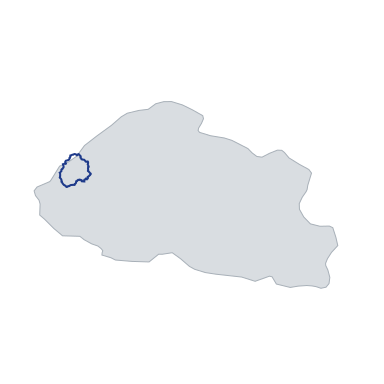 Bji, Ha, Bhutan shown in context, rotated 13°
{"feature_id": "84629894B12913884891089", "entity_name": "Bji", "entity_type": "district", "adm_level": 2, "iso_a3": "BTN", "parent_name": "Bhutan", "parent_adm1": "Ha", "projection": "orthographic", "projection_center": [89.176, 27.451], "detail": "fine", "context": "in_parent", "style": "outline", "palette": "blue", "viewbox_px": 384, "rotation_deg": 13, "n_neighbors": 0, "source": "geoboundaries", "source_scale": "gbopen_adm2", "svg_char_len": 5324}
<svg xmlns="http://www.w3.org/2000/svg" viewBox="0 0 384 384"><g transform="rotate(13 192 192)"><path d="M303.6,163.7L303.1,166.0L300.6,172.3L299.1,179.2L300.6,184.7L306.5,191.2L314.5,196.4L324.4,196.6L333.5,194.3L337.2,195.1L342.4,203.8L346.1,211.4L341.5,219.5L339.0,226.5L338.2,231.4L338.8,233.5L341.9,237.4L345.5,244.2L346.1,250.4L344.0,254.6L339.3,256.8L334.2,256.3L330.1,256.5L324.9,257.3L316.7,259.8L309.2,262.9L294.9,262.7L289.1,256.6L286.4,256.6L273.6,264.8L259.5,263.7L233.8,266.7L223.0,267.5L212.0,266.7L206.3,265.1L195.9,259.6L186.4,255.6L176.9,259.4L173.5,260.1L165.9,269.8L149.3,273.1L132.7,275.5L127.8,274.3L118.4,273.7L118.1,271.5L118.3,269.3L116.2,267.6L112.4,265.8L105.9,265.1L97.5,262.7L92.7,260.4L75.7,263.8L65.7,258.7L54.5,251.7L48.8,248.7L46.7,237.9L44.8,234.4L40.3,230.7L37.9,226.4L39.9,222.0L51.1,213.8L52.0,211.9L57.2,196.6L64.4,191.0L71.5,183.2L76.8,170.9L87.1,158.3L98.4,145.3L106.1,134.7L111.2,129.8L121.8,124.5L130.7,121.3L136.8,114.2L144.2,110.3L151.7,108.5L163.0,109.3L173.7,111.8L185.3,115.2L186.7,118.0L185.8,123.0L184.1,128.1L184.1,130.7L185.9,132.2L197.3,133.0L211.3,132.1L219.1,132.7L236.7,137.1L241.8,140.4L247.2,142.8L252.4,142.3L258.9,136.8L265.8,132.0L270.1,131.2L273.2,132.7L278.9,137.0L290.4,140.9L300.8,143.8L304.2,146.7L303.3,159.4L303.6,163.7Z" fill="#d9dde1" stroke="#a8b0b8" stroke-width="1"/><path d="M88.8,198.5L88.9,198.4L88.9,198.1L88.9,197.9L89.0,197.9L89.2,197.6L89.3,197.4L89.3,197.2L89.1,197.1L89.0,196.9L88.9,196.8L88.9,196.7L88.7,196.6L88.4,196.5L88.1,196.3L88.0,196.2L87.7,195.9L87.4,195.8L87.2,195.7L86.9,195.3L86.6,195.1L86.3,195.0L86.2,195.1L85.9,195.0L85.8,194.9L85.8,194.4L85.9,194.2L85.8,193.9L85.8,193.6L85.7,193.3L85.6,193.2L85.4,192.8L85.4,192.6L85.4,192.4L85.4,192.2L85.4,191.9L85.5,191.5L85.4,191.5L85.3,191.4L85.2,191.4L85.1,191.1L85.2,190.9L85.1,190.6L85.1,190.3L85.3,190.1L85.2,190.0L85.2,189.9L85.0,189.7L84.8,189.3L84.7,189.2L84.2,188.7L84.2,188.3L84.2,188.1L84.3,187.8L84.2,187.7L84.1,187.1L84.1,186.9L84.1,186.7L84.1,186.4L83.9,186.2L83.8,185.9L83.6,185.7L83.4,185.7L83.0,185.8L82.7,186.0L82.3,186.3L81.9,186.3L81.6,186.3L80.8,185.6L80.3,185.2L79.9,185.0L79.5,184.8L78.5,185.0L77.5,185.0L77.0,185.0L76.9,184.9L76.9,184.6L76.7,184.3L76.4,184.1L76.1,183.9L75.6,183.7L75.5,183.4L75.6,183.0L75.6,182.9L75.6,182.6L75.5,182.2L75.1,182.0L74.7,181.7L74.4,181.7L74.2,181.6L74.1,181.3L74.0,181.2L73.7,180.9L73.4,180.7L73.1,180.6L72.9,180.8L72.7,180.9L72.3,181.0L72.1,181.2L72.0,181.6L71.9,181.9L71.8,182.0L71.7,182.1L71.4,181.9L70.7,181.7L70.3,181.4L69.7,181.4L69.1,181.4L68.8,181.5L68.4,181.8L68.0,182.2L67.8,182.4L67.1,182.5L66.6,182.9L66.2,183.4L66.1,183.6L65.7,183.7L65.4,183.7L65.4,183.9L65.2,184.2L65.2,184.6L65.3,184.8L65.4,185.0L65.5,185.5L65.5,185.9L65.2,186.2L64.9,186.5L65.0,186.9L65.2,187.1L65.1,187.6L64.9,188.1L64.5,188.5L63.9,188.9L63.5,189.1L63.2,189.4L62.7,189.6L62.3,189.7L62.1,189.9L61.9,190.3L61.8,190.5L61.7,191.1L62.0,191.5L62.6,192.3L62.8,192.7L62.6,193.0L62.0,192.9L61.7,192.8L61.4,192.9L61.1,193.3L60.6,193.8L60.0,194.0L60.2,194.5L60.4,194.8L60.7,195.2L61.0,195.6L61.0,195.8L61.2,196.2L61.3,196.8L61.2,197.2L61.0,197.4L60.7,198.4L60.6,198.7L60.1,198.9L59.9,199.3L59.8,199.6L59.7,199.9L59.8,200.1L59.9,200.4L60.1,200.8L60.0,201.2L59.6,201.7L59.4,202.1L59.1,202.7L58.8,203.0L59.0,203.2L59.2,203.3L59.3,203.6L59.4,203.8L59.5,204.1L59.6,204.6L59.6,204.8L59.7,205.0L59.8,205.2L59.8,205.4L59.8,205.5L59.8,205.9L59.9,206.0L59.9,206.3L59.9,206.5L60.0,206.6L60.0,206.8L60.1,207.0L59.9,207.7L60.0,207.8L60.3,208.0L60.5,208.1L60.8,208.3L61.0,208.5L61.5,208.8L61.8,209.1L61.9,209.3L62.0,209.5L62.1,209.8L62.2,210.1L62.2,210.3L62.3,210.7L62.6,210.9L62.5,211.1L62.5,211.3L62.6,211.5L62.9,211.5L63.0,211.4L63.1,211.6L63.3,211.9L63.4,212.0L63.9,212.7L64.5,213.1L64.9,213.5L65.1,213.6L65.4,213.8L65.5,213.8L65.7,214.0L66.0,214.0L66.3,214.0L66.6,214.1L66.9,214.3L67.1,214.5L67.4,214.6L68.0,214.7L68.4,215.0L68.5,215.3L68.8,215.3L69.1,215.2L69.6,214.7L69.7,214.4L70.0,214.3L70.3,214.1L70.5,214.1L70.8,213.8L71.1,213.8L71.2,213.7L71.3,213.5L71.4,213.4L71.8,213.1L71.9,212.9L72.0,212.8L72.0,212.7L72.3,212.5L72.6,212.4L73.2,212.2L73.4,212.2L73.5,212.1L74.0,212.0L74.2,211.9L74.3,211.8L74.5,211.8L74.7,211.7L75.0,211.6L75.3,211.7L75.7,211.6L75.8,211.6L76.0,211.5L76.0,211.4L76.1,211.0L76.2,210.8L76.2,210.7L76.1,210.4L76.4,210.1L76.6,209.9L76.8,209.6L76.8,209.4L76.9,209.2L76.9,208.8L76.8,208.6L76.8,208.4L76.8,208.2L76.8,207.9L76.7,207.6L76.8,207.5L77.2,207.4L77.3,207.4L77.6,207.2L77.7,206.8L77.7,206.5L77.8,206.3L77.9,206.2L78.1,206.1L78.4,205.7L78.5,205.7L78.8,205.7L79.1,205.8L79.3,205.8L79.5,205.6L79.5,205.3L79.6,205.2L80.1,205.2L80.3,205.3L80.6,205.3L80.8,205.2L81.0,205.3L81.3,205.4L81.5,205.3L81.8,205.3L82.0,205.5L82.0,205.9L82.1,206.1L82.1,206.3L82.3,206.4L82.5,206.4L82.8,206.3L83.2,206.1L83.6,206.1L83.8,206.0L84.0,206.1L84.4,206.1L84.7,206.0L84.6,205.8L84.5,205.6L84.4,205.3L84.3,205.0L84.3,204.7L84.3,204.4L84.4,204.1L84.5,204.0L84.8,204.0L85.0,203.9L85.3,203.8L85.5,203.7L85.6,203.2L85.6,202.8L85.6,202.7L85.8,202.6L86.0,202.7L86.2,202.8L86.4,202.8L86.6,203.0L86.8,203.1L86.9,202.9L87.1,202.7L87.2,202.4L87.3,202.4L87.4,202.2L87.2,201.9L87.3,201.8L87.4,201.6L87.3,201.3L87.2,201.2L87.0,200.7L87.4,200.3L87.5,200.2L87.8,199.9L88.3,199.3L88.3,199.2L88.4,198.9L88.5,198.7L88.8,198.5Z" fill="none" stroke="#1e3a8a" stroke-width="2"/></g></svg>